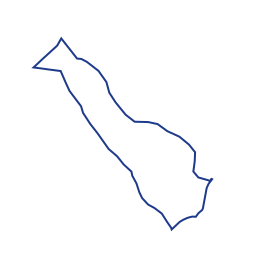 map outline of Al Jabal al Akhdar (Robinson projection), rotated 143°
{"feature_id": "LBY-2982", "entity_name": "Al Jabal al Akhdar", "entity_type": "Municipality", "adm_level": 1, "iso_a3": "LBY", "parent_name": "Libya", "parent_adm1": "", "projection": "robinson", "projection_center": [21.714, 32.008], "detail": "fine", "context": "isolated", "style": "outline", "palette": "blue", "viewbox_px": 256, "rotation_deg": 143, "n_neighbors": 0, "source": "natural_earth", "source_scale": "10m", "svg_char_len": 859}
<svg xmlns="http://www.w3.org/2000/svg" viewBox="0 0 256 256"><g transform="rotate(143 128 128)"><path d="M91.6,36.5L97.3,34.9L101.3,32.7L116.6,18.7L118.1,17.9L122.9,17.6L127.3,16.3L130.0,18.6L134.4,20.4L139.2,21.5L143.3,21.9L154.2,20.7L153.6,22.2L153.3,29.5L152.5,39.3L155.0,48.1L158.0,54.7L158.9,63.5L157.6,70.0L154.6,78.6L153.3,87.3L151.5,91.1L153.4,101.5L153.7,111.9L156.1,122.9L155.5,142.0L155.7,154.0L154.8,167.1L152.4,173.6L152.4,192.8L150.5,201.5L147.5,214.0L167.0,233.2L152.9,234.7L135.0,236.4L127.4,239.7L126.9,214.1L123.7,211.2L121.1,205.7L117.2,191.4L117.6,177.7L121.7,167.4L122.5,155.9L121.9,140.0L118.9,129.0L108.3,120.6L102.0,113.3L98.5,101.8L92.2,90.2L89.3,78.1L89.0,68.3L94.7,61.3L102.0,53.9L101.6,46.2L95.3,37.9L94.6,36.4L94.4,36.5L93.5,36.6L92.6,37.1L91.8,37.0L91.6,36.5L91.6,36.5Z" fill="none" stroke="#1e3a8a" stroke-width="2"/></g></svg>